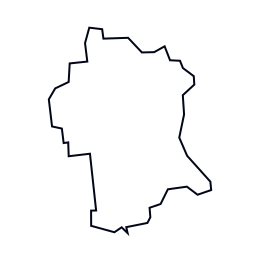 outline of Lewis, Tennessee, United States of America, rotated 83°
{"feature_id": "52423323B63074123896929", "entity_name": "Lewis", "entity_type": "district", "adm_level": 2, "iso_a3": "USA", "parent_name": "United States of America", "parent_adm1": "Tennessee", "projection": "natural_earth1", "projection_center": [-87.489, 35.529], "detail": "fine", "context": "isolated", "style": "outline", "palette": "ink", "viewbox_px": 256, "rotation_deg": 83, "n_neighbors": 0, "source": "geoboundaries", "source_scale": "gbopen_adm2", "svg_char_len": 669}
<svg xmlns="http://www.w3.org/2000/svg" viewBox="0 0 256 256"><g transform="rotate(83 128 128)"><path d="M51.4,81.7L55.9,92.8L54.7,105.0L38.5,116.9L36.3,141.5L26.8,141.6L23.7,154.2L38.5,160.3L57.1,160.3L56.8,178.0L75.1,181.3L79.8,195.4L89.9,203.1L117.2,203.2L120.5,193.7L135.1,193.7L135.0,189.1L148.8,190.3L148.9,168.9L206.0,169.7L205.5,174.7L220.6,176.5L229.8,154.2L225.8,146.4L232.3,141.2L226.2,141.8L224.6,120.3L219.3,116.7L209.8,116.3L207.4,104.9L193.7,95.9L193.4,76.7L202.7,67.1L199.7,53.0L191.3,52.8L162.8,72.7L143.8,78.3L121.4,70.7L102.1,69.6L93.0,56.9L84.6,56.4L75.2,66.2L67.6,68.2L65.9,78.0L51.4,81.7Z" fill="none" stroke="#020617" stroke-width="2"/></g></svg>